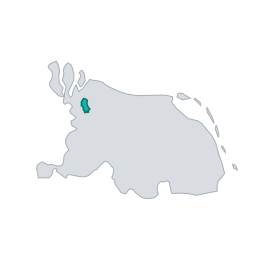 Moerdijk, Noord-Brabant, Netherlands (highlighted), rotated 78°
{"feature_id": "6326949B29665837615412", "entity_name": "Moerdijk", "entity_type": "district", "adm_level": 2, "iso_a3": "NLD", "parent_name": "Netherlands", "parent_adm1": "Noord-Brabant", "projection": "mercator", "projection_center": [4.556, 51.663], "detail": "fine", "context": "in_parent", "style": "filled", "palette": "teal", "viewbox_px": 256, "rotation_deg": 78, "n_neighbors": 0, "source": "geoboundaries", "source_scale": "gbopen_adm2", "svg_char_len": 4602}
<svg xmlns="http://www.w3.org/2000/svg" viewBox="0 0 256 256"><g transform="rotate(78 128 128)"><path d="M158.1,226.1L153.9,225.9L149.9,225.8L147.8,225.5L145.6,224.5L144.5,222.4L143.3,219.9L143.6,218.4L147.4,214.0L147.9,212.8L147.5,212.2L147.9,210.3L150.8,203.8L151.1,201.2L149.9,199.3L148.0,198.3L142.0,196.3L139.2,193.6L137.8,191.2L136.5,190.5L134.5,191.3L129.6,192.2L125.5,190.9L120.7,186.4L119.6,182.4L119.0,179.3L117.9,178.2L116.2,179.8L114.2,182.3L110.2,182.6L109.1,182.0L108.9,180.6L108.6,179.3L107.5,177.7L106.3,176.7L101.3,181.4L99.4,181.4L97.0,179.6L95.8,177.8L93.2,178.8L90.8,181.0L91.6,185.0L90.4,185.8L87.5,185.4L84.2,183.8L80.6,182.7L75.0,179.9L67.3,182.2L61.9,179.5L57.5,179.2L54.7,177.1L51.7,173.4L53.8,171.0L55.9,170.1L64.1,169.7L70.0,171.1L80.7,179.1L83.4,179.0L86.2,178.0L84.8,175.9L82.1,174.8L78.1,172.7L75.0,169.7L82.4,168.7L81.4,167.2L80.4,164.5L72.5,155.2L73.9,152.7L75.8,147.3L78.3,142.8L80.3,141.6L83.5,138.4L90.5,129.0L94.9,121.3L98.3,112.2L103.1,86.9L104.5,82.6L106.9,77.8L109.8,78.7L111.9,80.1L119.1,76.4L131.5,67.0L135.2,58.8L138.8,55.0L153.1,47.5L161.0,45.3L173.1,44.7L181.9,43.4L192.5,42.9L196.5,47.5L198.8,50.9L202.6,52.7L208.4,54.0L208.1,60.7L208.1,73.7L207.7,76.0L205.1,81.5L202.3,91.4L201.5,97.8L200.7,99.0L189.6,99.0L188.1,100.1L187.8,101.5L188.4,103.2L188.1,104.8L187.3,106.2L187.7,108.3L189.7,110.7L193.2,112.2L196.9,112.3L198.8,112.1L200.2,113.8L201.6,116.4L201.5,119.8L201.0,124.3L199.2,128.4L194.1,133.1L191.8,134.8L189.7,135.7L188.6,136.9L188.2,138.5L188.3,139.9L191.9,143.7L191.8,144.6L190.8,146.6L189.4,148.4L180.0,152.3L176.1,152.0L173.9,153.9L173.2,154.3L170.8,152.5L165.3,150.5L163.3,151.2L162.1,152.3L158.7,153.6L156.2,155.7L156.2,158.5L160.6,165.5L162.1,166.9L162.2,169.5L164.3,172.8L166.4,176.9L166.7,179.5L166.4,182.1L165.3,185.9L161.5,194.6L161.5,196.3L161.8,197.6L163.1,197.9L164.1,198.6L163.8,199.7L156.7,205.8L155.8,206.8L152.9,206.5L152.4,207.5L152.8,209.2L154.0,210.6L156.5,211.3L158.6,212.9L160.4,215.8L158.1,226.1ZM84.2,183.8L83.6,186.3L82.0,189.1L76.4,193.1L70.7,195.7L67.7,195.4L65.6,194.0L64.5,192.6L61.5,191.2L57.2,190.5L54.6,192.0L52.7,193.4L51.0,193.2L49.8,192.0L48.8,190.1L47.6,184.3L50.8,183.3L57.6,182.9L62.9,184.9L69.9,185.9L75.2,183.1L79.4,185.5L84.2,183.8ZM72.6,160.0L76.7,163.7L77.6,164.9L77.9,166.1L72.7,167.6L67.2,163.1L63.5,164.1L62.2,162.0L62.2,160.7L65.9,159.5L72.6,160.0ZM111.8,68.8L107.7,73.7L105.1,72.3L104.4,71.2L105.7,67.4L111.8,60.9L111.8,68.8ZM130.2,46.8L126.3,47.3L124.5,46.4L133.9,43.6L139.9,42.7L140.9,43.1L130.2,46.8ZM155.4,41.7L147.2,42.8L144.4,41.9L143.9,41.1L146.2,40.6L153.2,40.5L155.4,41.2L155.4,41.7ZM121.1,52.2L113.4,57.4L112.7,56.5L117.7,52.1L121.1,52.2ZM189.1,33.0L185.2,33.2L186.3,31.3L189.9,29.9L191.8,29.9L189.1,33.0ZM172.3,38.0L166.4,40.4L165.0,39.9L165.4,39.2L170.5,37.7L172.3,38.0Z" fill="#d9dde1" stroke="#a8b0b8" stroke-width="1"/><path d="M101.4,161.5L100.6,161.8L100.0,162.1L99.7,162.3L99.4,162.5L98.6,162.7L98.0,162.9L97.4,163.0L96.9,163.1L96.3,163.2L96.0,163.2L95.7,163.2L95.2,163.0L94.4,162.7L92.5,162.0L91.2,163.1L90.6,163.8L90.6,164.0L90.5,164.3L90.5,164.5L90.4,164.6L90.1,164.9L90.1,165.0L89.9,165.2L90.3,165.7L90.4,165.8L90.5,165.9L90.6,166.0L90.8,166.1L90.9,166.3L91.0,166.3L91.3,166.4L91.3,166.5L91.4,166.8L91.5,166.8L91.6,167.0L91.8,167.1L91.9,167.3L92.0,167.3L92.3,167.3L92.5,167.4L92.5,167.5L92.6,167.8L92.9,168.1L93.0,168.2L93.1,168.3L93.3,168.4L93.5,168.4L93.7,168.5L93.8,168.5L94.0,168.5L94.1,168.4L94.3,168.4L94.5,168.3L94.6,168.2L94.8,168.1L95.0,168.1L95.3,168.2L95.4,168.3L95.5,168.5L95.7,168.8L95.8,168.8L96.0,168.9L96.0,169.0L96.3,169.0L96.3,168.9L96.5,168.9L96.6,168.7L96.8,168.5L96.8,168.4L97.0,168.3L97.3,168.3L97.4,168.2L97.5,168.2L97.8,168.0L97.9,167.9L97.9,167.7L98.0,167.7L98.3,167.4L98.5,167.4L98.8,167.4L99.0,167.5L99.3,167.6L99.5,167.7L99.6,167.8L99.8,167.8L99.8,167.7L100.0,167.7L100.3,167.5L100.5,167.5L100.8,167.7L100.8,167.8L101.0,167.8L101.2,167.7L101.3,167.7L101.4,167.4L101.5,167.4L101.6,167.2L101.8,167.2L102.0,167.1L102.3,167.1L102.5,167.1L102.8,167.2L103.0,167.2L103.3,167.2L103.5,167.0L103.6,166.9L103.8,166.9L104.0,166.9L103.9,166.7L103.9,166.4L103.9,166.2L103.7,166.2L103.6,165.9L103.8,165.8L103.9,165.7L103.6,165.3L103.6,165.2L103.4,165.0L103.4,164.9L103.7,164.8L103.8,164.8L103.9,164.7L104.0,164.7L104.3,164.5L104.3,164.2L104.2,164.3L104.1,164.0L104.2,163.9L103.9,163.5L103.8,163.8L103.7,163.9L103.4,163.7L103.2,163.5L102.9,163.4L102.7,163.5L102.6,163.4L102.5,163.2L102.4,163.1L102.3,162.9L102.3,162.6L102.2,162.5L102.2,162.4L102.2,162.2L101.9,161.9L101.8,161.7L101.7,161.4L101.4,161.5Z" fill="#14b8a6" stroke="#0f766e" stroke-width="1.5"/></g></svg>